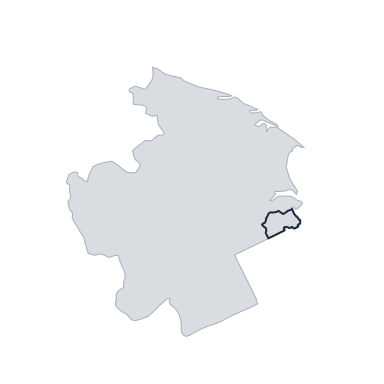 location of Noya, Estuaire, Gabon, rotated 154°
{"feature_id": "22940354B97736756734811", "entity_name": "Noya", "entity_type": "district", "adm_level": 2, "iso_a3": "GAB", "parent_name": "Gabon", "parent_adm1": "Estuaire", "projection": "mercator", "projection_center": [9.982, 0.76], "detail": "fine", "context": "in_parent", "style": "outline", "palette": "slate", "viewbox_px": 384, "rotation_deg": 154, "n_neighbors": 0, "source": "geoboundaries", "source_scale": "gbopen_adm2", "svg_char_len": 5091}
<svg xmlns="http://www.w3.org/2000/svg" viewBox="0 0 384 384"><g transform="rotate(154 192 192)"><path d="M262.8,68.5L262.6,71.4L259.3,78.5L257.7,84.0L257.3,89.8L258.2,94.5L259.8,97.9L260.9,101.5L260.1,104.1L258.5,105.2L259.6,106.5L262.0,106.8L266.1,105.7L272.3,103.7L280.6,100.9L286.0,99.4L294.9,100.3L299.7,101.4L302.1,103.4L304.8,111.8L306.1,113.0L308.2,116.6L310.0,120.9L310.4,123.1L310.2,124.6L308.4,127.0L306.4,130.4L305.6,132.4L303.9,134.0L301.8,135.5L295.8,136.1L294.9,137.0L293.2,140.6L290.1,143.7L288.6,146.6L287.4,150.4L287.6,155.3L287.0,162.2L286.3,166.8L287.9,168.5L295.0,169.6L296.4,170.5L298.3,173.4L300.8,176.2L307.3,177.9L309.8,180.0L311.9,182.2L312.1,184.1L310.7,191.6L309.2,198.8L309.8,204.3L310.3,209.5L311.1,217.2L310.8,221.8L308.9,224.7L308.9,226.9L309.8,229.6L308.1,237.0L307.1,238.3L304.1,239.6L302.6,241.6L302.1,244.8L300.5,249.1L298.9,250.6L298.9,252.6L300.5,254.1L300.5,256.3L297.6,259.0L295.8,261.0L291.9,262.0L287.5,261.0L286.4,259.5L287.5,257.2L287.1,255.3L285.6,253.4L283.2,248.4L281.1,247.3L279.9,249.4L276.3,253.2L269.9,258.0L265.4,258.4L257.2,256.9L250.2,254.6L247.0,248.9L244.9,244.2L242.0,238.7L238.7,236.1L235.1,234.5L233.5,234.4L228.5,237.4L226.9,238.6L227.0,241.2L227.4,243.6L228.2,244.7L228.9,246.2L228.8,248.6L227.8,251.8L227.5,255.3L211.7,258.8L208.9,257.5L206.9,255.9L204.5,256.2L197.6,258.0L195.1,256.8L192.6,255.8L191.4,256.6L191.3,258.1L192.5,266.4L192.1,269.5L190.6,273.6L189.8,276.4L194.0,277.2L195.5,278.5L197.0,280.6L199.0,282.5L199.1,283.7L196.8,285.8L196.0,288.5L197.1,290.6L200.0,292.8L204.2,295.0L206.2,296.5L206.0,297.8L204.1,300.7L203.3,303.1L202.0,305.3L202.3,307.4L204.2,309.3L204.0,311.0L202.7,312.2L200.1,312.0L197.9,312.1L195.9,311.6L189.7,305.1L188.4,304.9L179.4,309.9L177.1,312.0L175.3,315.0L172.8,321.4L168.7,317.6L165.2,310.8L161.1,306.6L152.4,299.8L150.1,294.8L140.3,283.8L126.1,272.7L115.8,263.2L114.2,261.0L116.0,261.3L125.9,266.1L127.2,265.5L128.4,264.5L124.1,262.0L120.0,260.0L116.2,258.8L112.3,258.9L110.2,256.9L108.8,253.8L108.1,251.2L106.4,248.4L100.9,242.7L99.6,240.5L96.6,237.5L98.4,237.2L104.3,240.0L104.8,238.9L104.3,237.2L98.4,234.5L95.3,234.3L94.5,232.4L95.0,230.2L90.8,221.9L86.4,215.7L85.7,212.8L97.5,226.3L99.0,226.5L101.1,226.4L106.0,224.9L105.0,223.1L102.9,221.1L100.7,222.0L98.0,222.2L96.5,221.4L95.9,220.0L98.6,213.5L97.4,213.8L96.5,215.0L95.0,215.5L92.7,215.9L86.9,212.4L81.8,202.9L80.4,201.0L79.1,197.7L77.7,196.4L71.9,183.0L74.1,184.0L76.8,187.8L82.0,187.0L84.0,184.8L85.8,184.9L87.6,184.3L89.9,182.2L96.5,173.0L98.3,160.8L97.7,153.6L96.8,146.4L99.0,144.1L99.8,145.6L100.3,148.2L101.3,150.0L103.7,151.7L108.1,152.2L114.9,154.9L117.3,156.5L118.0,153.2L125.9,150.3L123.5,149.2L116.5,150.4L106.9,146.1L103.8,143.3L100.8,138.1L97.7,135.4L97.9,133.0L104.8,130.7L106.6,131.0L107.4,133.7L109.2,134.8L109.9,134.4L110.2,132.1L110.2,126.0L108.1,117.2L108.8,115.5L110.7,114.9L112.3,113.7L113.5,113.5L115.8,113.7L117.0,115.7L117.6,116.8L120.0,117.4L121.9,118.5L123.6,118.2L125.0,116.9L127.0,116.6L133.2,116.6L138.9,116.7L150.2,116.7L161.5,116.7L172.8,116.8L181.3,116.8L181.3,111.8L181.3,104.0L181.2,94.8L181.2,86.0L181.1,77.9L181.1,68.2L181.5,65.5L182.1,64.3L181.9,62.7L190.6,62.6L206.5,63.3L213.4,63.2L215.4,63.4L224.0,62.9L231.0,63.5L234.0,64.2L236.7,64.5L245.1,64.9L256.0,64.4L259.7,64.5L261.8,65.9L262.8,68.5Z" fill="#d9dde1" stroke="#a8b0b8" stroke-width="1"/><path d="M143.6,116.9L139.0,116.8L132.0,116.9L125.8,116.9L125.6,117.1L125.5,117.6L125.5,118.0L125.5,118.9L125.2,119.3L125.0,119.6L124.4,119.8L124.0,119.8L123.2,119.6L122.7,119.4L122.3,119.1L121.9,118.9L121.5,118.4L121.2,118.1L121.1,117.8L120.8,117.3L120.5,117.2L120.1,117.0L119.7,116.8L119.3,116.6L118.9,116.5L118.5,116.5L118.1,116.7L117.8,116.8L117.5,116.8L117.3,116.7L117.1,116.2L117.0,115.8L116.7,114.9L116.4,114.7L115.8,114.3L114.8,114.3L114.1,114.3L113.4,114.4L112.5,114.5L112.0,114.3L111.7,114.5L111.6,115.1L111.4,115.8L110.9,116.1L109.9,116.3L109.1,116.3L108.5,116.4L108.3,116.8L108.0,117.3L107.8,117.9L107.4,118.4L107.1,119.1L107.4,119.8L107.7,120.1L107.9,120.6L107.9,121.4L108.2,122.6L108.4,123.8L108.9,124.3L109.6,126.8L109.8,128.0L109.6,129.4L109.6,131.0L109.5,132.8L111.8,132.8L112.7,132.8L113.3,133.0L114.3,133.1L115.0,132.9L115.5,132.6L116.1,132.6L116.7,132.7L117.6,132.5L118.2,132.2L119.5,132.3L120.1,132.7L120.4,133.4L120.8,134.2L121.3,134.8L121.7,135.5L121.9,136.1L122.1,136.6L122.5,137.0L123.0,137.1L124.0,137.1L124.4,137.0L125.0,137.0L125.5,137.1L126.4,137.5L126.9,137.7L127.5,137.9L128.0,138.1L128.4,138.1L129.0,138.5L129.5,138.9L129.9,139.1L130.6,139.2L131.7,139.2L132.3,139.2L132.7,138.9L134.5,137.5L135.2,136.9L135.6,136.7L136.0,136.5L136.3,136.1L136.6,135.8L137.0,135.7L137.3,135.4L137.4,135.0L137.5,134.7L137.8,134.3L138.2,133.9L138.9,133.3L139.4,132.9L139.8,132.5L140.5,132.5L142.2,132.4L142.8,132.3L143.2,132.1L143.3,131.3L143.2,130.9L142.9,130.2L142.7,129.5L142.5,129.1L142.1,128.4L141.7,127.9L141.6,127.5L141.5,126.9L141.6,126.3L141.8,125.7L142.1,125.1L142.3,124.5L142.5,124.2L142.9,123.9L143.4,123.3L143.6,123.0L143.7,122.5L143.7,121.1L143.6,118.5L143.6,116.9Z" fill="none" stroke="#1e293b" stroke-width="2"/></g></svg>